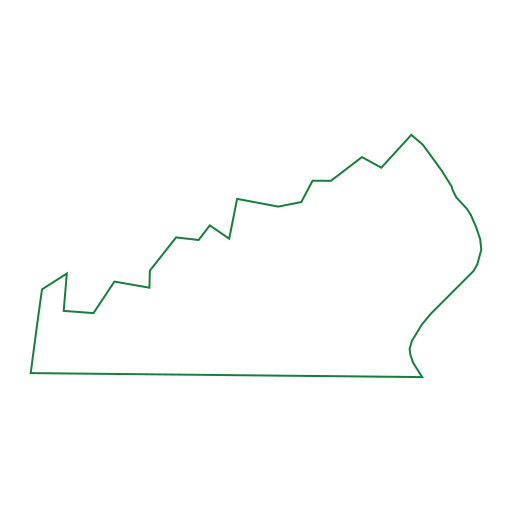 outline of Ohio, Indiana, United States of America
{"feature_id": "52423323B39120505326627", "entity_name": "Ohio", "entity_type": "district", "adm_level": 2, "iso_a3": "USA", "parent_name": "United States of America", "parent_adm1": "Indiana", "projection": "mercator", "projection_center": [-84.946, 38.966], "detail": "fine", "context": "isolated", "style": "outline", "palette": "green", "viewbox_px": 512, "rotation_deg": 0, "n_neighbors": 0, "source": "geoboundaries", "source_scale": "gbopen_adm2", "svg_char_len": 624}
<svg xmlns="http://www.w3.org/2000/svg" viewBox="0 0 512 512"><path d="M37.2,323.9L30.7,373.1L422.1,377.1L412.8,362.2L410.2,354.0L409.6,349.0L411.8,341.1L421.9,324.5L430.7,313.9L473.6,270.9L477.3,264.4L481.3,249.6L480.2,239.3L476.0,226.9L470.7,214.7L466.8,208.7L456.3,197.4L452.9,190.7L451.5,186.3L441.9,170.9L430.8,155.6L422.8,144.7L411.3,134.9L381.3,167.7L361.9,157.1L330.9,180.8L312.6,180.7L301.3,202.0L278.3,206.6L237.1,198.9L229.2,238.7L209.8,225.4L198.6,240.0L176.1,237.4L149.9,270.6L149.4,287.7L114.4,281.6L93.5,313.1L63.7,310.9L66.8,273.5L42.0,289.4L37.2,323.9Z" fill="none" stroke="#15803d" stroke-width="2"/></svg>